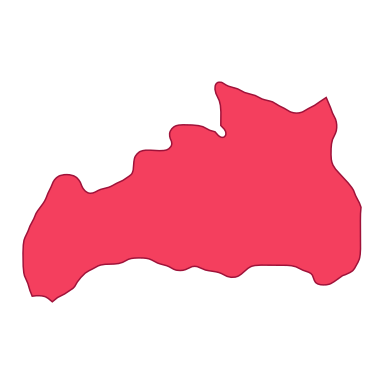 outline of Sabana Yegua, Azua, Dominican Republic
{"feature_id": "3306468B31402927654959", "entity_name": "Sabana Yegua", "entity_type": "district", "adm_level": 2, "iso_a3": "DOM", "parent_name": "Dominican Republic", "parent_adm1": "Azua", "projection": "robinson", "projection_center": [-70.887, 18.416], "detail": "fine", "context": "isolated", "style": "filled", "palette": "rose", "viewbox_px": 384, "rotation_deg": 0, "n_neighbors": 0, "source": "geoboundaries", "source_scale": "gbopen_adm2", "svg_char_len": 3029}
<svg xmlns="http://www.w3.org/2000/svg" viewBox="0 0 384 384"><path d="M326.2,97.5L320.0,101.6L314.5,105.4L308.5,108.5L303.0,111.7L301.8,112.2L299.1,112.9L296.4,113.1L293.6,112.8L291.0,112.1L289.8,111.6L284.2,108.3L279.3,105.9L272.6,101.9L270.0,101.1L264.7,99.8L262.1,99.0L255.2,95.5L244.6,92.5L237.7,88.9L228.5,86.2L226.2,85.1L222.3,82.7L221.2,82.3L218.9,82.2L217.7,82.5L216.6,83.3L215.8,84.3L215.3,85.5L215.1,86.8L215.0,89.4L215.9,93.4L219.3,100.7L220.4,105.3L220.9,112.0L220.8,125.5L224.3,129.2L225.5,131.3L225.8,132.5L225.9,133.8L225.7,135.1L224.9,136.3L223.8,137.2L222.6,137.4L221.4,137.3L220.3,136.9L218.4,135.6L215.0,131.8L209.8,130.3L202.9,126.7L198.4,125.6L192.1,125.0L183.1,124.8L178.8,125.1L176.2,125.7L174.9,126.3L173.7,127.0L171.8,128.8L170.4,131.0L169.9,132.2L169.6,133.6L169.7,136.3L170.3,138.6L171.5,141.5L171.8,143.7L171.6,144.9L171.2,146.0L170.5,147.0L168.8,148.8L166.5,150.0L163.8,150.5L159.4,150.7L150.3,150.2L145.8,150.2L142.9,150.6L140.1,151.5L139.0,152.2L137.0,154.0L135.4,156.2L134.8,157.4L134.4,158.8L133.9,161.7L133.2,170.1L132.4,172.6L131.8,173.8L131.0,174.7L129.1,176.2L122.9,180.4L116.8,183.2L111.1,186.3L108.7,187.3L100.7,189.4L98.3,190.4L95.1,192.1L92.8,193.0L90.2,193.3L88.9,193.1L87.7,192.7L85.5,191.3L84.6,190.4L83.0,188.4L81.8,186.1L80.3,182.3L78.9,180.1L77.2,178.1L76.1,177.2L73.7,175.8L69.7,174.8L66.9,174.6L64.1,174.7L60.0,175.6L58.7,176.2L56.5,177.7L54.6,179.7L53.2,181.9L51.0,187.1L48.0,193.2L45.9,198.5L44.6,201.1L43.0,203.6L37.6,210.9L36.0,213.5L33.8,218.8L30.0,226.0L27.9,231.4L25.0,237.5L24.0,240.3L23.3,245.0L23.0,253.1L23.2,266.3L23.8,272.7L24.5,275.8L27.8,283.3L29.9,290.4L32.2,296.2L36.4,295.7L39.2,295.7L41.9,295.9L44.6,296.5L45.9,297.0L48.2,298.4L52.3,301.8L57.6,297.5L64.7,293.9L73.0,288.3L74.7,286.5L77.3,282.0L80.9,277.4L85.2,273.1L88.8,270.8L92.4,269.0L98.1,265.9L100.7,265.0L105.1,264.3L114.2,264.0L118.7,263.5L122.7,262.3L128.4,259.3L131.2,258.5L134.2,258.1L138.7,257.9L143.3,258.0L146.3,258.3L149.2,258.9L151.8,260.0L157.5,263.0L160.1,263.9L166.7,265.7L169.1,266.7L173.6,269.2L176.1,270.1L177.5,270.3L180.2,270.5L182.9,270.3L185.5,269.6L192.1,266.6L194.7,266.3L197.2,266.6L205.4,270.0L208.3,270.6L215.9,271.8L218.8,272.5L221.4,273.5L227.1,276.4L231.1,277.3L235.2,277.1L237.8,276.3L239.1,275.6L241.4,274.0L248.0,268.3L250.5,266.8L251.9,266.2L254.9,265.5L261.1,265.1L286.8,265.3L291.5,265.7L296.0,266.8L302.9,270.2L308.8,272.3L310.9,273.5L312.4,275.2L314.4,280.5L315.6,282.5L316.7,283.3L317.9,284.0L320.5,284.7L323.4,284.9L326.4,284.8L329.3,284.2L330.8,283.6L334.2,281.6L342.6,275.6L345.5,274.6L349.8,272.6L351.9,271.3L352.9,270.5L354.5,268.5L358.0,262.2L359.3,259.1L359.7,257.5L360.2,254.2L360.5,249.0L360.4,220.7L360.5,213.7L361.0,207.3L359.4,203.0L355.6,195.7L353.5,190.3L351.9,187.7L348.1,182.9L338.6,172.6L335.5,169.1L333.0,165.2L331.9,162.3L331.3,159.4L331.0,154.7L331.1,148.5L331.5,143.9L332.5,139.5L335.4,133.4L336.3,130.8L336.7,127.8L336.7,124.8L336.3,121.9L335.5,119.1L332.5,113.1L330.5,107.6L326.2,97.5Z" fill="#f43f5e" stroke="#9f1239" stroke-width="1.5"/></svg>